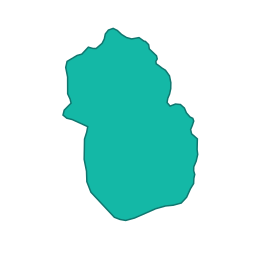 map outline of Al Dali' (orthographic projection), rotated 113°
{"feature_id": "YEM-334", "entity_name": "Al Dali'", "entity_type": "Governorate", "adm_level": 1, "iso_a3": "YEM", "parent_name": "Yemen", "parent_adm1": "", "projection": "orthographic", "projection_center": [44.704, 13.869], "detail": "fine", "context": "isolated", "style": "filled", "palette": "teal", "viewbox_px": 256, "rotation_deg": 113, "n_neighbors": 0, "source": "natural_earth", "source_scale": "10m", "svg_char_len": 1059}
<svg xmlns="http://www.w3.org/2000/svg" viewBox="0 0 256 256"><g transform="rotate(113 128 128)"><path d="M153.5,45.9L159.5,46.8L168.9,47.0L176.3,49.7L181.4,56.2L185.1,63.0L191.5,71.0L208.3,86.8L214.0,94.0L215.3,99.6L215.5,105.7L201.6,137.0L193.5,144.9L184.0,149.3L174.0,156.1L155.2,163.7L147.9,164.4L142.5,165.6L142.0,182.6L142.9,188.2L141.5,192.9L136.5,193.7L127.4,190.1L124.0,192.6L120.1,196.9L104.7,203.5L96.6,209.0L90.5,210.1L81.1,203.2L78.1,199.4L69.1,196.1L68.5,191.4L67.3,188.4L60.2,184.9L55.4,184.6L50.3,185.6L45.5,184.3L42.1,180.6L42.4,175.9L44.4,170.5L45.3,164.8L44.6,159.5L40.5,153.2L41.8,147.3L41.5,145.8L43.2,141.6L46.9,139.3L50.4,130.0L53.0,128.1L55.8,128.4L57.9,127.1L58.4,124.5L59.5,120.4L60.2,116.1L63.8,110.2L69.5,106.3L75.2,104.0L80.6,103.0L85.1,103.0L89.3,102.0L91.4,97.8L87.4,93.7L85.9,88.9L87.6,83.9L91.2,80.2L93.6,75.3L93.8,72.1L95.9,70.2L100.5,69.8L104.9,69.8L108.5,67.2L110.9,59.9L120.8,56.0L125.1,53.5L131.8,52.3L138.0,52.3L141.8,50.8L144.7,48.4L148.6,47.7L153.5,45.9Z" fill="#14b8a6" stroke="#0f766e" stroke-width="1.5"/></g></svg>